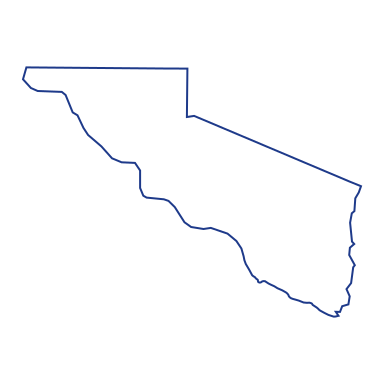 the district of Charles Mix, South Dakota, United States of America
{"feature_id": "52423323B18286734476432", "entity_name": "Charles Mix", "entity_type": "district", "adm_level": 2, "iso_a3": "USA", "parent_name": "United States of America", "parent_adm1": "South Dakota", "projection": "orthographic", "projection_center": [-98.482, 43.168], "detail": "fine", "context": "isolated", "style": "outline", "palette": "blue", "viewbox_px": 384, "rotation_deg": 0, "n_neighbors": 0, "source": "geoboundaries", "source_scale": "gbopen_adm2", "svg_char_len": 1354}
<svg xmlns="http://www.w3.org/2000/svg" viewBox="0 0 384 384"><path d="M163.2,68.5L26.5,67.4L26.4,67.4L23.0,79.3L30.9,88.0L37.7,91.0L61.8,91.9L65.6,95.0L72.7,112.4L77.5,115.3L83.5,128.0L88.1,135.0L101.4,146.4L112.0,158.3L121.6,162.3L135.0,162.9L140.1,170.5L140.1,188.0L143.3,195.7L146.6,197.6L163.9,199.3L168.5,200.9L174.8,207.1L184.5,222.3L191.1,227.0L203.5,229.0L210.8,227.9L227.5,233.6L236.4,241.0L241.4,248.5L243.6,256.2L244.4,260.2L245.8,264.0L249.0,269.4L252.2,275.3L253.7,276.5L254.6,276.9L256.3,278.8L257.4,279.5L257.8,280.0L258.1,281.7L258.5,282.2L259.8,282.6L260.4,282.5L261.2,282.2L262.2,281.4L263.4,281.1L265.0,281.2L268.5,283.5L270.9,284.7L274.4,286.3L277.4,288.2L282.2,290.3L285.4,292.1L286.5,292.8L287.7,294.0L288.3,294.8L288.9,296.3L289.2,296.7L290.0,297.5L291.0,298.2L292.8,298.9L295.4,299.6L298.8,300.6L303.6,302.5L306.8,302.8L309.6,302.7L311.4,303.3L311.9,303.6L312.7,304.9L316.8,307.6L318.3,308.9L319.0,309.7L320.2,310.6L324.4,312.9L328.4,314.9L333.6,316.6L334.5,316.6L335.7,316.5L338.5,315.8L335.8,311.8L340.0,311.9L342.2,306.2L348.4,304.4L349.7,296.3L346.5,289.1L351.1,283.1L353.2,267.3L354.8,265.2L349.2,255.0L349.9,247.7L354.2,244.0L352.0,241.6L350.1,222.7L351.8,213.3L354.4,211.1L355.3,198.3L358.8,192.4L361.0,186.2L349.9,181.7L194.1,115.9L186.9,117.0L187.4,68.6L163.2,68.5Z" fill="none" stroke="#1e3a8a" stroke-width="2"/></svg>